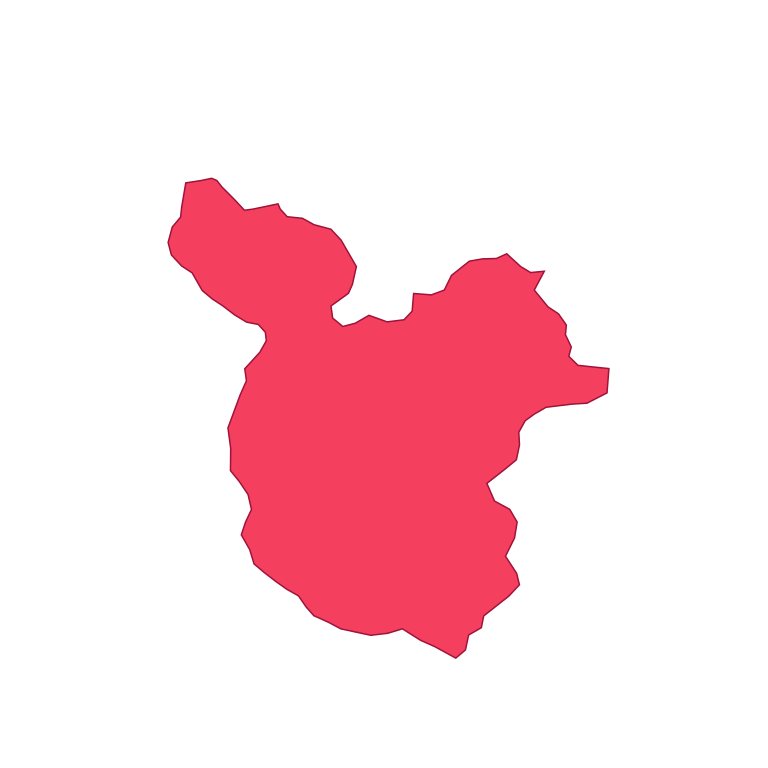 Hapcheon-gun, South Gyeongsang, South Korea, rotated 330°
{"feature_id": "91817680B92973690121395", "entity_name": "Hapcheon-gun", "entity_type": "district", "adm_level": 2, "iso_a3": "KOR", "parent_name": "South Korea", "parent_adm1": "South Gyeongsang", "projection": "albers", "projection_center": [128.156, 35.595], "detail": "fine", "context": "isolated", "style": "filled", "palette": "rose", "viewbox_px": 768, "rotation_deg": 330, "n_neighbors": 0, "source": "geoboundaries", "source_scale": "gbopen_adm2", "svg_char_len": 1563}
<svg xmlns="http://www.w3.org/2000/svg" viewBox="0 0 768 768"><g transform="rotate(330 384 384)"><path d="M382.3,175.0L357.9,167.0L350.0,163.7L346.6,149.0L342.1,132.1L341.0,124.2L337.6,119.7L327.5,116.4L312.9,110.7L297.1,129.8L291.4,137.7L279.1,142.2L267.8,153.5L264.4,165.9L267.7,180.5L273.4,191.8L273.3,212.1L277.8,224.5L283.5,235.8L289.1,249.3L295.9,261.7L304.9,269.6L307.1,279.8L303.7,287.7L292.4,294.4L271.0,301.2L266.5,312.4L254.0,321.5L226.9,344.0L219.0,363.2L207.7,382.3L209.9,395.9L211.0,411.7L206.5,426.4L195.1,434.3L185.0,443.3L184.9,460.3L181.5,474.9L184.1,482.0L186.0,487.4L191.6,501.0L197.3,513.4L204.0,524.7L205.1,538.3L207.4,549.6L216.4,562.1L224.3,574.6L246.9,595.0L262.7,601.8L277.5,605.2L287.6,624.4L296.7,636.9L309.1,657.3L321.6,655.0L331.8,643.7L346.5,643.7L354.4,634.7L386.1,630.1L400.9,625.6L404.2,614.3L403.1,593.9L420.1,582.6L430.3,570.1L430.2,555.4L421.2,540.7L423.4,521.5L447.2,518.1L460.8,515.8L470.9,504.5L476.6,493.2L487.9,486.4L499.2,485.2L512.7,485.2L536.5,495.3L550.1,502.1L572.7,503.2L586.5,483.1L578.3,477.2L561.3,464.8L557.9,452.4L564.7,445.6L565.8,432.0L571.4,424.1L570.2,410.5L564.6,399.2L561.1,377.8L579.2,366.5L566.7,360.8L561.1,350.7L555.4,332.6L544.1,331.5L531.7,324.8L519.3,320.3L496.7,323.7L483.2,332.8L469.6,330.5L454.9,320.4L444.8,335.0L433.5,338.4L417.7,331.7L405.3,317.0L389.5,317.0L377.1,313.6L372.5,301.2L377.1,289.9L398.5,287.7L406.4,282.0L418.8,268.5L418.8,256.1L418.8,238.0L415.4,223.4L403.0,211.0L396.2,199.7L383.8,190.7L381.6,180.6L382.3,175.0Z" fill="#f43f5e" stroke="#9f1239" stroke-width="1.5"/></g></svg>